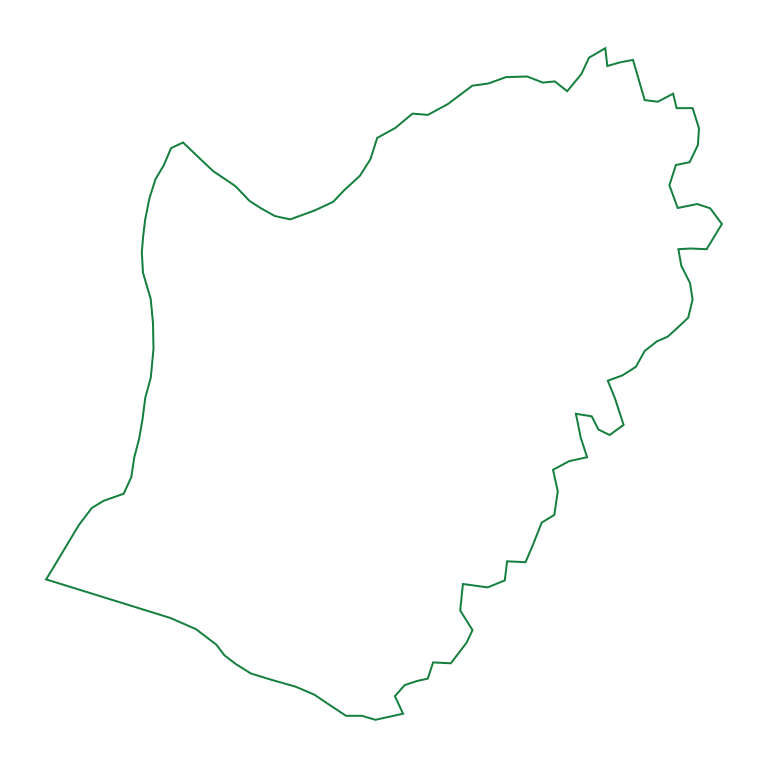 Prado Ferreira, Paraná, Brazil (Equal Earth projection)
{"feature_id": "56859067B46889814534801", "entity_name": "Prado Ferreira", "entity_type": "district", "adm_level": 2, "iso_a3": "BRA", "parent_name": "Brazil", "parent_adm1": "Paraná", "projection": "equal_earth", "projection_center": [-51.389, -23.027], "detail": "fine", "context": "isolated", "style": "outline", "palette": "green", "viewbox_px": 768, "rotation_deg": 0, "n_neighbors": 0, "source": "geoboundaries", "source_scale": "gbopen_adm2", "svg_char_len": 1607}
<svg xmlns="http://www.w3.org/2000/svg" viewBox="0 0 768 768"><path d="M605.3,48.2L589.0,57.7L581.4,74.0L567.2,91.2L554.8,81.4L542.9,82.6L527.1,76.5L506.0,77.1L488.4,83.5L472.3,85.7L447.8,104.1L427.8,114.9L412.5,113.6L395.5,127.8L377.2,137.9L370.5,159.1L360.0,175.7L344.2,190.2L333.2,201.8L314.8,210.4L290.1,219.4L274.7,216.0L260.5,208.0L249.5,200.9L235.5,186.2L213.1,171.1L183.0,142.5L171.1,148.1L163.6,165.6L155.5,179.1L149.4,198.5L145.2,219.4L143.2,235.9L141.8,252.2L143.0,272.8L150.7,298.9L153.0,323.2L153.5,348.7L150.8,377.6L145.3,397.6L142.5,419.4L139.1,439.0L134.3,457.2L131.3,477.1L123.7,493.7L103.6,500.8L91.9,507.9L78.8,525.1L61.9,553.3L53.2,567.8L46.1,579.4L170.7,618.1L196.0,629.2L216.6,644.9L224.4,655.3L235.6,663.9L250.7,673.4L270.7,679.6L295.4,686.6L314.2,694.6L330.7,705.7L346.0,715.8L361.9,715.8L375.4,719.8L403.1,713.7L394.9,696.2L404.7,685.1L416.6,681.1L427.8,678.6L433.1,662.4L450.8,663.3L466.6,642.7L472.5,630.1L460.2,610.5L462.9,584.0L487.7,587.4L504.8,580.4L507.1,561.3L525.5,562.2L533.0,544.7L541.7,522.6L554.3,514.9L557.8,491.3L553.0,469.8L569.0,461.2L587.1,457.2L580.7,437.5L575.9,413.8L591.7,416.3L598.4,429.5L609.6,435.0L623.6,424.9L614.9,398.2L607.8,380.7L622.4,375.4L635.9,366.8L644.7,350.9L657.0,341.3L667.6,336.7L676.5,328.7L688.2,317.7L692.6,299.6L690.0,283.0L681.3,265.8L678.4,249.2L690.7,248.5L706.6,249.2L721.9,224.0L710.2,208.3L697.2,204.0L677.7,208.0L669.4,185.2L675.9,165.0L689.6,162.2L697.9,145.0L699.0,128.4L692.6,108.1L676.6,108.1L673.1,93.7L657.8,101.7L644.7,100.1L633.0,59.9L620.2,62.3L607.3,66.0L605.3,48.2Z" fill="none" stroke="#15803d" stroke-width="2"/></svg>